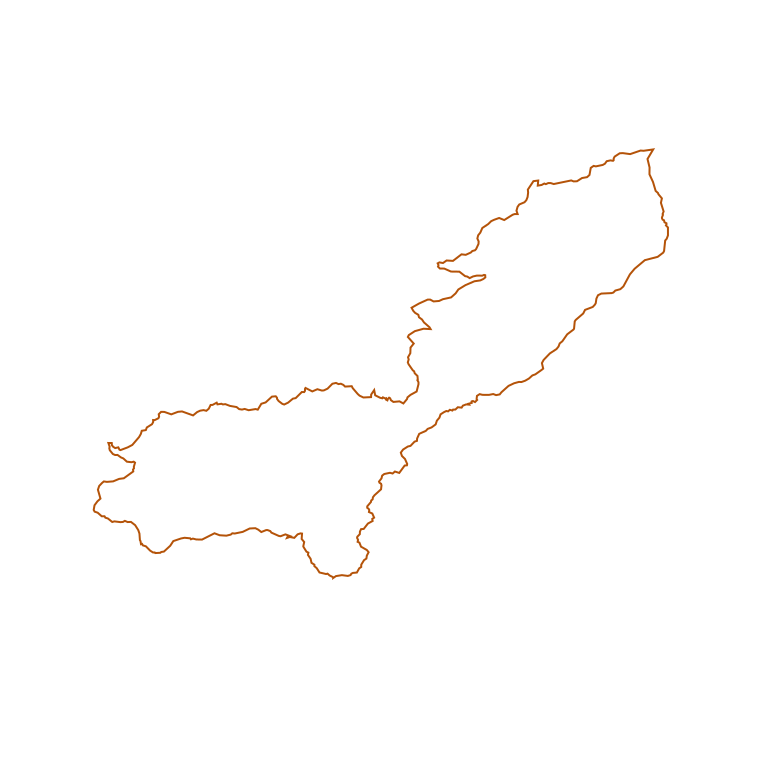 the district of Cerbal, Hunedoara, Romania, rotated 169°
{"feature_id": "2599482B29050657769983", "entity_name": "Cerbal", "entity_type": "district", "adm_level": 2, "iso_a3": "ROU", "parent_name": "Romania", "parent_adm1": "Hunedoara", "projection": "natural_earth1", "projection_center": [22.62, 45.762], "detail": "fine", "context": "isolated", "style": "outline", "palette": "amber", "viewbox_px": 768, "rotation_deg": 169, "n_neighbors": 0, "source": "geoboundaries", "source_scale": "gbopen_adm2", "svg_char_len": 6134}
<svg xmlns="http://www.w3.org/2000/svg" viewBox="0 0 768 768"><g transform="rotate(169 384 384)"><path d="M87.6,564.2L98.5,562.7L105.6,565.1L108.6,565.5L114.2,563.2L115.5,561.6L115.9,559.8L116.6,559.4L119.1,560.3L122.9,560.2L125.1,558.1L127.5,557.3L134.5,557.2L136.6,558.1L139.8,556.7L142.4,550.0L145.2,548.3L150.3,548.4L155.9,546.2L159.2,546.7L161.4,548.1L179.2,547.9L182.0,549.4L184.5,549.9L187.0,549.3L188.4,550.2L191.3,549.3L195.2,549.4L193.8,554.3L198.6,554.6L205.7,547.4L206.0,544.4L207.4,540.1L209.2,537.3L211.4,535.6L217.0,534.4L219.1,532.4L220.9,528.8L220.4,525.3L223.3,525.9L225.4,525.6L234.7,522.0L239.3,525.0L244.5,524.2L247.7,523.4L251.2,521.1L257.7,518.4L260.6,514.2L263.2,512.0L264.6,509.0L263.9,505.9L264.5,503.5L267.8,498.9L269.2,497.9L271.9,497.7L273.7,496.5L279.1,495.2L283.2,496.5L292.8,491.7L299.0,493.3L303.0,491.5L306.4,492.8L308.3,492.2L307.8,490.3L308.6,488.9L307.1,486.7L302.8,485.8L296.8,481.6L288.6,479.9L283.8,474.4L281.8,473.6L279.7,471.6L276.1,472.6L272.2,472.7L266.8,471.6L265.0,472.0L263.9,471.5L264.2,469.3L266.5,468.1L269.7,467.3L275.6,467.6L285.2,465.5L293.0,462.6L296.4,459.3L301.6,456.2L310.0,456.0L314.1,455.0L319.6,455.6L322.5,458.0L325.1,458.5L334.3,456.3L342.4,453.6L341.3,450.2L339.9,447.9L337.1,445.4L336.9,442.8L334.4,440.1L333.0,436.8L328.5,431.0L327.8,429.0L334.6,430.7L343.6,430.0L350.3,427.3L351.6,425.6L347.1,418.0L351.0,414.7L352.3,409.2L355.3,405.7L355.1,403.4L356.5,400.7L356.1,398.7L353.1,391.9L352.0,390.7L351.8,388.7L349.6,385.5L350.0,381.7L350.5,381.4L349.8,379.2L350.2,377.2L353.4,370.4L360.0,368.3L363.5,366.4L364.3,364.8L368.7,361.2L372.1,364.0L378.2,364.6L380.3,366.8L380.7,368.8L381.6,369.6L383.0,368.7L383.8,367.3L385.0,368.3L384.8,369.6L385.5,369.5L387.6,371.1L388.4,370.3L390.4,371.2L394.8,374.6L394.8,379.9L398.6,376.1L399.2,373.6L406.8,374.7L410.2,377.2L411.7,379.2L415.5,385.9L416.1,388.0L422.7,388.9L424.1,390.9L426.3,392.5L428.7,392.6L430.9,394.2L434.6,394.1L440.3,390.2L444.3,389.2L446.2,389.4L450.4,391.6L455.8,390.4L461.8,395.1L462.5,394.3L462.9,392.3L463.9,391.3L466.2,391.8L473.4,387.0L476.2,387.0L481.7,384.0L485.9,382.9L487.6,383.9L490.7,387.4L491.8,389.7L491.7,391.0L492.6,392.6L496.4,393.0L503.7,388.5L508.2,388.0L512.8,382.9L514.8,383.9L521.9,384.1L525.5,386.1L528.3,386.0L531.0,387.0L533.1,389.5L539.4,391.9L543.6,394.5L546.1,394.7L547.3,395.6L551.4,395.8L551.8,397.6L556.3,396.2L558.2,396.5L560.7,393.2L563.5,391.6L566.1,392.8L569.5,392.9L572.8,392.1L577.4,389.6L587.5,395.6L591.6,396.0L598.6,394.8L604.9,398.5L608.1,399.2L610.9,397.3L611.0,394.8L612.0,393.4L616.1,392.3L617.5,392.7L617.9,390.6L619.4,388.8L625.1,386.6L626.6,384.2L630.7,384.3L632.2,381.4L634.6,378.6L642.7,372.2L647.7,370.7L655.3,369.4L656.2,370.0L656.9,372.5L660.1,372.4L661.8,374.0L662.8,375.9L662.5,378.0L665.8,378.7L665.3,374.8L665.9,373.3L665.8,371.3L663.5,367.0L661.5,365.6L659.1,365.2L656.2,362.1L654.1,360.7L651.2,356.8L646.8,355.4L644.5,355.5L643.4,354.3L645.4,350.4L645.5,349.0L646.7,347.9L646.8,346.0L657.4,341.1L662.1,341.4L668.5,340.1L674.7,340.8L677.6,341.8L679.6,340.7L683.0,338.3L685.0,334.8L684.2,325.6L687.7,323.5L691.3,320.2L693.0,315.8L692.4,313.9L689.6,312.3L686.3,308.0L683.6,307.5L683.0,305.9L680.7,304.7L677.1,300.4L674.9,300.6L669.1,298.7L666.6,298.4L664.5,299.1L662.0,297.4L658.7,296.9L655.2,292.9L653.1,287.5L652.6,283.8L653.4,277.3L653.0,276.3L653.1,273.1L652.0,273.2L651.5,271.6L648.7,270.1L645.4,265.1L642.9,262.7L641.2,262.4L640.8,261.7L635.8,261.0L634.7,261.6L632.0,261.5L624.7,266.0L620.8,270.0L612.7,271.1L609.1,271.1L603.7,269.5L603.2,268.4L601.1,268.7L597.9,267.2L592.3,266.0L578.9,269.8L574.2,266.9L567.7,265.2L563.2,265.4L561.4,266.4L559.0,265.7L550.9,265.8L543.4,267.8L537.8,267.0L535.2,265.0L532.7,262.1L527.5,263.1L526.1,262.8L523.7,261.3L522.9,259.6L516.2,254.9L514.6,254.3L509.5,255.2L505.4,252.7L507.9,252.3L508.6,251.4L505.7,251.8L501.4,250.1L497.5,252.9L494.5,253.3L493.0,252.8L494.4,247.6L492.5,244.1L494.2,240.1L494.0,239.1L492.1,234.2L490.4,232.9L491.3,230.8L489.4,226.4L489.3,222.3L486.8,219.9L487.1,218.5L485.2,216.1L483.3,211.3L477.1,208.5L475.6,208.6L473.9,206.4L470.6,203.9L470.8,203.3L467.8,204.6L461.8,204.4L456.1,202.5L453.3,202.8L452.3,204.0L450.7,204.5L446.6,204.1L443.5,207.8L441.3,208.7L440.8,211.0L437.2,214.9L434.6,216.0L433.6,218.8L431.2,221.8L432.5,224.3L437.6,228.7L438.4,233.0L440.0,234.1L439.2,236.0L439.8,238.1L439.3,239.2L436.4,241.2L435.8,243.7L434.2,245.9L431.6,245.6L426.4,250.1L421.3,251.7L421.3,253.8L419.2,254.7L420.2,259.1L423.2,261.2L422.5,263.1L422.9,264.4L424.1,265.7L423.8,267.1L419.3,270.7L418.8,272.1L417.2,272.9L416.5,274.9L414.6,276.6L407.0,281.2L405.8,285.0L405.9,286.6L407.3,288.0L407.5,289.2L404.5,291.8L403.3,294.4L400.9,295.6L395.1,295.7L392.6,294.5L390.0,296.0L386.0,293.8L379.3,300.0L377.0,299.8L376.5,301.1L377.7,306.4L380.1,309.9L380.6,313.4L377.8,316.0L372.5,318.1L369.8,318.2L365.0,321.6L362.5,321.9L361.9,324.2L358.9,328.4L351.9,330.0L349.7,331.6L345.6,332.3L341.0,334.5L339.1,337.9L336.0,340.4L334.3,343.4L330.6,344.9L328.0,345.6L326.3,344.9L324.3,346.1L321.9,344.9L321.1,345.7L318.8,345.3L316.0,347.1L312.3,346.0L310.7,347.7L307.2,348.3L304.4,347.5L304.8,348.5L301.5,348.7L301.4,350.1L300.9,350.3L299.9,350.3L298.1,348.9L295.6,350.6L296.0,351.5L295.0,354.6L292.0,355.8L289.5,354.6L283.0,353.3L278.7,353.3L276.1,351.7L272.4,351.7L270.3,353.5L262.1,358.4L256.2,359.9L251.2,360.3L248.7,359.7L244.8,360.3L240.7,361.7L236.7,364.1L233.6,364.6L226.7,367.7L224.8,368.7L225.0,374.4L222.7,377.2L215.3,382.4L208.0,385.4L205.5,387.5L203.8,390.3L200.8,391.9L194.7,397.8L187.6,401.3L186.9,402.0L184.8,409.1L183.6,410.3L175.0,415.2L172.5,418.4L164.4,419.8L161.8,421.7L160.7,423.0L159.2,427.3L157.0,430.3L153.4,431.3L143.2,429.8L141.4,430.0L139.1,431.6L133.9,432.0L130.4,434.1L121.7,444.7L116.0,449.3L104.3,455.8L91.1,456.6L84.8,459.7L83.7,461.1L80.6,471.2L78.8,472.6L76.9,475.7L75.4,483.5L77.0,485.9L76.2,486.9L76.1,487.9L77.8,489.2L77.9,491.3L79.1,492.1L79.5,493.5L79.4,494.4L77.9,496.8L78.1,497.7L76.6,500.0L77.6,509.0L75.8,513.2L78.4,517.9L78.6,519.2L80.5,521.7L81.4,531.0L83.4,539.2L82.0,545.9L82.4,554.6L75.0,562.9L84.7,563.4L87.6,564.2Z" fill="none" stroke="#b45309" stroke-width="2"/></g></svg>